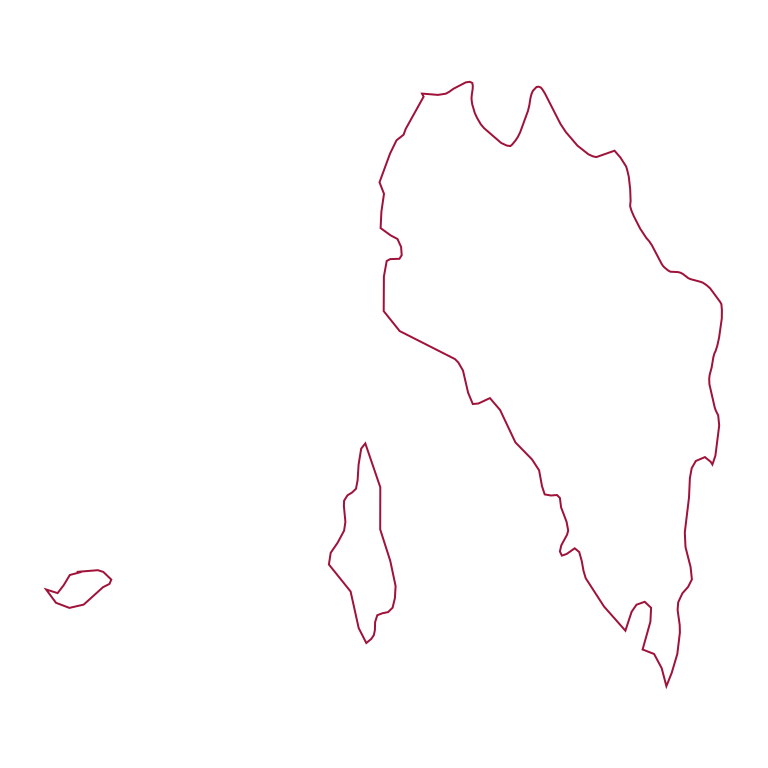 outline of Satun
{"feature_id": "THA-385", "entity_name": "Satun", "entity_type": "Province", "adm_level": 1, "iso_a3": "THA", "parent_name": "Thailand", "parent_adm1": "", "projection": "equal_earth", "projection_center": [99.888, 6.793], "detail": "fine", "context": "isolated", "style": "outline", "palette": "rose", "viewbox_px": 768, "rotation_deg": 0, "n_neighbors": 0, "source": "natural_earth", "source_scale": "10m", "svg_char_len": 2689}
<svg xmlns="http://www.w3.org/2000/svg" viewBox="0 0 768 768"><path d="M712.4,464.5L710.7,461.8L704.9,457.1L695.8,461.0L691.7,468.2L689.9,478.0L689.0,497.5L684.8,532.4L685.5,547.1L690.6,567.1L691.9,579.4L688.1,586.9L682.4,593.3L678.2,602.3L677.6,610.0L679.7,625.0L679.9,632.5L677.3,654.0L671.7,672.9L666.4,686.2L661.7,668.2L654.1,654.0L642.6,649.5L650.4,621.7L651.1,607.8L644.7,601.8L636.5,604.7L631.6,611.8L625.4,630.7L604.0,606.5L585.7,578.2L583.5,570.8L581.7,560.8L579.2,552.0L574.7,548.3L566.6,554.0L561.9,555.6L559.9,551.5L561.3,545.3L567.0,534.8L568.2,530.6L566.6,521.9L561.1,507.4L559.9,498.0L557.0,495.0L550.9,495.5L544.7,494.4L542.0,486.2L539.1,470.3L532.0,459.4L515.4,442.4L500.1,410.0L489.9,398.1L478.4,403.5L472.8,404.0L468.1,392.7L463.0,370.6L458.4,362.6L455.0,359.1L399.7,331.1L383.7,311.1L383.9,276.5L386.7,261.0L390.2,259.1L399.4,258.8L401.7,255.2L401.1,247.0L397.5,239.0L390.5,235.3L380.6,228.1L381.4,211.7L384.0,193.8L379.5,182.3L390.0,153.7L396.5,140.3L403.6,134.7L405.6,129.1L423.6,96.7L422.0,93.6L422.3,93.6L437.9,94.9L445.8,93.7L449.4,91.7L453.4,88.8L465.7,82.4L469.8,81.8L472.3,83.0L472.8,85.6L472.7,88.7L471.8,94.9L471.5,98.3L471.8,101.5L472.3,104.6L474.8,113.0L477.1,118.0L480.8,124.3L484.1,128.2L501.1,142.9L506.6,145.5L510.3,146.1L512.1,144.6L515.2,140.9L517.9,136.9L520.2,132.2L528.0,110.8L529.4,104.9L530.4,98.3L531.4,94.3L532.9,90.8L536.5,87.0L538.8,86.7L540.9,87.6L542.4,89.4L545.0,93.6L560.4,123.8L565.8,132.0L577.5,145.7L588.4,154.3L592.8,156.3L596.3,157.1L614.5,150.7L620.4,157.5L626.2,166.6L627.4,170.8L628.8,176.8L630.2,189.4L630.6,201.1L630.2,204.7L630.2,205.1L630.2,205.6L630.2,206.5L631.5,210.8L634.0,216.6L640.2,228.7L646.2,237.8L649.3,241.4L651.9,245.3L661.6,263.8L663.0,265.9L664.5,267.5L668.3,270.6L670.4,271.7L678.2,272.1L680.7,272.8L682.8,273.9L688.2,278.1L690.4,279.1L700.5,281.8L702.9,282.7L706.6,285.2L710.1,288.3L720.2,302.0L721.4,304.2L721.9,310.0L721.8,318.4L719.1,337.5L717.3,345.7L715.6,351.0L714.4,353.4L713.4,357.0L711.6,367.7L709.7,374.7L709.2,378.7L709.4,384.2L714.7,407.4L715.8,410.6L718.2,415.4L719.2,425.5L715.4,455.7L712.4,464.5ZM375.1,622.1L374.9,630.1L373.8,635.2L371.2,639.0L366.3,643.0L358.7,628.1L350.6,591.5L328.9,564.5L330.7,552.8L337.7,542.6L344.1,530.6L345.4,521.9L343.9,506.1L344.1,500.7L347.5,495.3L352.1,492.5L356.0,488.7L357.6,480.3L358.6,464.5L361.2,448.6L365.3,443.4L380.3,487.3L380.2,529.4L390.3,561.0L395.6,586.1L394.9,598.1L392.6,607.7L388.1,612.1L382.3,613.3L377.3,615.2L375.1,622.1ZM103.3,571.9L111.3,579.6L109.5,583.9L103.0,587.2L83.7,604.6L69.4,607.9L56.0,602.8L46.1,589.5L57.6,593.1L63.7,585.2L69.8,575.0L81.5,571.9L76.7,571.9L97.8,570.2L103.3,571.9Z" fill="none" stroke="#9f1239" stroke-width="2"/></svg>